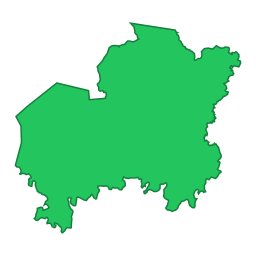 outline of Adansi South, Ashanti, Ghana
{"feature_id": "2480657B97463209696641", "entity_name": "Adansi South", "entity_type": "district", "adm_level": 2, "iso_a3": "GHA", "parent_name": "Ghana", "parent_adm1": "Ashanti", "projection": "robinson", "projection_center": [-1.341, 6.005], "detail": "fine", "context": "isolated", "style": "filled", "palette": "green", "viewbox_px": 256, "rotation_deg": 0, "n_neighbors": 0, "source": "geoboundaries", "source_scale": "gbopen_adm2", "svg_char_len": 5819}
<svg xmlns="http://www.w3.org/2000/svg" viewBox="0 0 256 256"><path d="M19.2,173.9L20.9,174.2L22.0,173.5L24.2,173.5L26.2,174.6L28.5,173.8L29.8,174.8L31.1,177.0L31.1,177.8L30.6,178.2L29.5,178.3L28.7,179.5L28.9,181.6L28.4,184.1L28.6,185.1L31.0,186.3L31.8,186.3L32.4,181.8L33.5,180.8L34.6,181.2L35.7,182.4L35.3,185.3L37.5,191.5L38.2,191.5L39.1,192.7L40.7,192.8L42.2,194.4L44.8,195.1L47.3,197.5L47.7,198.7L47.5,199.9L45.7,201.5L44.3,204.8L45.0,204.3L46.6,204.4L47.9,205.5L48.9,207.7L47.4,208.9L45.8,209.3L43.7,210.3L43.0,210.1L42.9,208.7L42.4,207.6L40.9,207.2L37.4,208.3L37.2,210.7L36.6,213.0L36.0,213.8L35.8,216.4L35.2,217.7L34.3,218.3L34.2,218.7L36.1,220.2L37.4,220.5L40.6,217.9L42.3,217.6L43.8,218.4L45.2,218.6L46.7,217.4L47.2,217.4L48.0,218.7L48.3,219.9L46.9,222.9L47.0,223.6L49.2,223.2L50.5,223.5L51.2,224.3L52.2,226.6L53.8,227.5L55.1,227.4L55.9,226.0L55.8,225.1L54.4,224.7L54.3,224.0L54.7,223.1L55.4,222.9L58.2,224.4L59.3,226.0L61.2,227.5L61.6,229.6L61.2,231.4L61.9,232.6L62.5,232.8L64.9,230.6L65.9,228.7L66.7,228.0L67.8,227.6L70.9,228.0L71.2,227.7L71.5,222.0L71.9,219.1L71.4,216.7L72.8,212.6L72.8,210.7L70.8,208.8L69.0,205.5L68.8,202.3L67.7,199.4L68.3,198.1L69.7,197.4L71.1,198.3L70.5,201.4L70.8,203.3L72.2,204.7L74.0,205.6L75.1,205.8L75.8,205.0L76.7,198.2L77.0,197.5L78.1,196.9L84.8,200.3L86.5,200.4L88.5,197.6L90.2,196.6L91.6,194.4L92.5,195.1L94.0,197.9L95.8,199.0L96.5,198.7L97.1,195.4L98.1,192.8L99.0,191.7L99.4,190.6L99.2,189.6L98.5,189.0L97.7,187.0L97.8,186.3L100.5,185.8L103.6,186.3L106.6,185.9L108.7,187.3L109.1,189.2L110.0,189.5L111.2,189.5L112.4,187.7L113.1,187.5L114.0,188.0L117.6,187.9L119.8,189.8L121.7,189.8L123.2,187.3L123.9,186.6L124.5,186.6L125.2,185.6L125.1,182.8L124.5,181.0L122.6,180.1L123.5,177.1L124.3,177.1L125.6,178.2L128.9,178.4L131.5,177.7L132.4,178.0L135.9,177.9L137.8,177.4L139.3,179.4L141.0,178.9L141.6,179.5L141.2,181.3L142.1,184.1L141.2,186.7L142.2,187.9L142.7,187.6L143.7,186.0L144.3,185.8L145.2,186.4L145.4,185.8L145.0,184.4L145.2,183.9L148.1,182.2L148.9,182.5L149.3,183.9L149.0,184.8L146.1,190.2L145.5,190.8L143.8,191.4L144.1,193.2L144.8,193.7L146.9,192.4L147.6,190.5L149.2,189.6L151.2,189.9L154.2,191.6L156.8,191.4L159.0,190.0L160.0,188.7L160.1,184.5L160.9,184.1L163.4,184.2L165.5,182.8L166.2,183.1L166.7,183.8L166.9,185.1L166.6,186.3L163.9,189.6L164.1,193.9L163.5,196.3L165.1,198.4L168.4,200.3L168.6,201.0L167.4,205.1L165.8,208.0L166.0,208.6L167.5,210.0L169.5,210.1L172.2,211.3L175.1,210.3L176.6,209.4L177.8,207.9L178.7,205.2L180.4,203.4L181.3,201.6L184.7,200.6L186.4,199.3L187.2,199.4L188.3,200.3L189.6,205.4L192.3,207.6L194.2,207.7L194.7,207.1L195.1,205.5L194.9,203.8L195.2,201.3L196.8,198.8L195.2,198.6L194.1,197.5L194.1,196.1L193.6,194.4L195.2,190.6L197.0,189.4L198.3,189.8L198.6,190.7L198.0,192.7L198.5,194.0L200.1,191.7L201.9,191.0L202.9,191.3L203.6,192.3L205.6,191.7L204.4,189.2L204.4,185.8L204.6,184.8L205.8,183.0L205.8,180.0L206.4,178.9L207.0,178.7L208.3,179.6L209.3,179.6L210.3,177.9L211.8,177.2L215.6,178.5L217.6,176.4L218.6,174.2L221.1,171.9L220.9,171.3L217.9,169.8L217.5,169.2L218.8,166.7L219.9,162.4L219.5,161.8L217.9,161.5L217.7,160.9L220.1,158.8L221.2,156.8L221.0,154.9L219.9,152.6L218.5,147.3L216.8,145.5L216.4,144.3L215.1,143.9L214.5,143.3L214.0,144.6L213.2,144.2L212.2,145.4L211.0,145.0L209.6,145.7L208.1,144.1L208.9,142.2L207.9,141.8L206.6,140.3L204.8,141.0L204.6,139.3L203.8,137.7L205.0,136.8L205.0,135.1L205.6,135.0L206.9,135.6L207.4,133.6L205.7,129.4L206.5,127.8L207.6,126.8L206.8,124.3L207.7,123.0L209.3,123.1L210.5,122.4L211.2,123.2L212.1,123.0L212.2,121.4L214.0,121.9L214.5,121.4L213.6,120.3L214.7,119.8L214.9,118.7L215.8,118.2L215.6,117.6L214.3,117.6L214.9,116.6L214.1,115.5L214.8,114.4L213.7,113.8L214.2,112.2L212.2,111.6L212.4,111.1L213.1,110.9L213.0,109.5L213.4,108.3L214.8,107.7L213.8,106.9L214.1,105.9L213.9,105.1L213.3,104.8L213.5,104.2L215.7,104.2L216.5,103.5L216.9,101.9L218.2,101.5L218.4,100.6L219.8,100.4L221.4,99.1L223.5,96.5L225.0,96.2L226.6,94.8L227.6,94.4L227.4,93.9L228.3,92.0L225.6,91.3L225.3,90.0L226.7,88.5L226.7,88.0L225.8,85.3L225.0,85.2L223.8,83.6L224.5,83.2L225.7,83.2L226.9,82.0L228.8,81.2L228.8,80.9L227.5,79.7L227.8,78.8L228.5,78.2L228.6,77.1L230.6,75.4L232.8,75.2L233.8,73.6L232.7,72.4L232.8,71.1L231.2,70.8L231.4,70.2L232.1,70.1L231.5,68.2L230.1,68.4L229.8,67.7L231.1,65.7L231.5,65.7L232.6,67.3L233.5,66.2L234.4,65.8L238.7,66.9L239.1,66.4L240.6,63.1L240.4,61.3L240.0,60.8L237.9,60.2L237.7,59.8L239.0,57.0L238.8,54.5L237.8,53.8L236.6,52.1L235.8,51.8L234.6,52.7L232.3,52.5L231.9,52.8L232.1,54.2L231.8,54.5L229.5,52.8L228.6,52.6L228.4,52.3L228.8,51.6L229.3,49.1L229.1,47.9L227.7,47.2L224.7,47.1L223.6,48.0L220.4,48.0L216.3,45.7L213.0,48.8L212.1,49.0L208.4,48.1L204.4,48.6L201.4,51.6L201.9,52.9L201.8,56.3L200.8,58.1L199.6,58.7L198.4,58.4L196.1,60.0L194.8,60.3L194.5,60.0L194.4,58.6L194.8,56.4L194.3,53.5L193.9,53.5L192.3,51.5L191.8,51.6L189.4,49.7L188.3,49.7L186.8,48.8L186.0,48.9L185.8,48.0L185.0,47.2L185.1,46.8L183.5,46.2L182.7,45.4L182.6,44.3L181.7,43.5L181.2,42.7L181.2,41.9L178.8,39.6L179.0,38.6L179.0,37.4L178.6,37.1L178.7,36.2L178.2,35.2L177.0,34.9L176.8,32.5L177.1,32.4L176.1,32.1L175.3,30.1L130.6,23.2L133.1,25.9L134.2,26.6L134.1,27.6L134.9,31.1L134.9,32.7L135.7,34.1L136.9,34.6L137.8,38.2L138.7,39.1L137.7,39.3L137.1,40.1L136.1,40.4L135.7,40.9L133.9,41.6L132.5,41.8L129.5,41.0L127.5,41.1L124.4,44.5L122.6,44.7L119.6,45.8L119.0,46.8L118.4,46.0L117.0,45.7L113.3,45.5L111.3,46.1L109.1,47.9L107.3,53.4L103.9,58.1L102.5,60.8L97.2,66.8L97.8,68.2L98.2,71.4L99.8,74.7L99.7,76.0L100.4,79.4L99.1,82.6L97.4,83.9L97.4,84.7L98.7,87.3L98.7,90.0L99.7,91.1L102.9,90.7L103.9,92.5L105.7,92.3L106.4,94.8L106.1,96.1L105.5,96.8L105.4,98.3L89.4,99.7L88.5,90.6L56.8,83.0L27.0,106.7L16.0,116.5L21.0,126.0L21.5,142.6L15.4,165.3L16.8,166.9L19.4,167.2L21.2,170.3L20.6,173.5L19.2,173.9Z" fill="#22c55e" stroke="#15803d" stroke-width="1.5"/></svg>